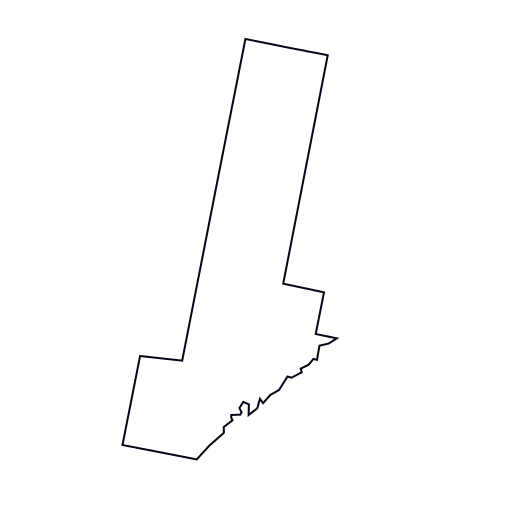 Yellow Medicine, Minnesota, United States of America (Robinson projection), rotated 101°
{"feature_id": "52423323B81974861469446", "entity_name": "Yellow Medicine", "entity_type": "district", "adm_level": 2, "iso_a3": "USA", "parent_name": "United States of America", "parent_adm1": "Minnesota", "projection": "robinson", "projection_center": [-95.786, 44.739], "detail": "fine", "context": "isolated", "style": "outline", "palette": "ink", "viewbox_px": 512, "rotation_deg": 101, "n_neighbors": 0, "source": "geoboundaries", "source_scale": "gbopen_adm2", "svg_char_len": 743}
<svg xmlns="http://www.w3.org/2000/svg" viewBox="0 0 512 512"><g transform="rotate(101 256 256)"><path d="M45.0,307.8L183.7,308.2L372.8,308.5L376.3,350.7L467.0,351.0L467.0,275.4L451.0,265.6L435.7,253.8L430.0,255.0L421.7,247.7L419.5,249.4L416.8,250.0L414.7,241.1L413.7,240.9L413.0,240.7L412.5,240.5L412.3,240.3L408.4,243.3L401.6,240.6L403.0,234.7L413.5,232.9L405.3,225.7L395.4,224.9L399.1,221.0L389.6,215.4L383.1,207.8L368.3,202.1L368.6,197.8L361.4,188.9L358.0,190.6L352.7,183.6L346.1,180.0L346.3,176.3L331.9,176.6L328.1,168.0L321.4,161.0L321.2,182.5L278.7,182.3L278.0,224.0L45.3,223.9L45.2,227.7L45.2,230.3L45.2,231.1L45.2,238.0L45.3,245.0L45.2,245.6L45.3,265.9L45.2,273.2L45.0,307.8Z" fill="none" stroke="#020617" stroke-width="2"/></g></svg>